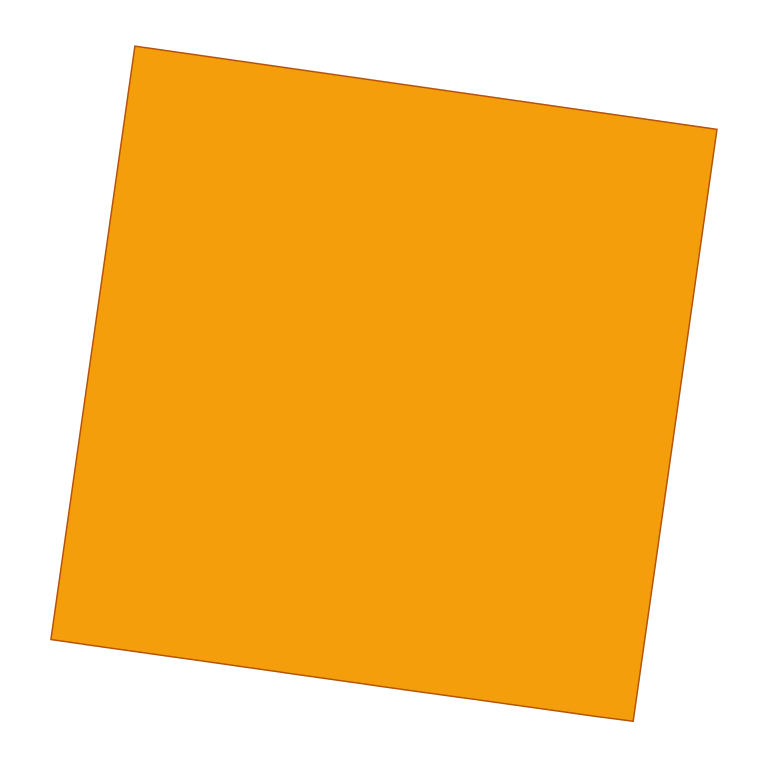 Ochiltree, Texas, United States of America (Mercator projection), rotated 188°
{"feature_id": "52423323B38476522601311", "entity_name": "Ochiltree", "entity_type": "district", "adm_level": 2, "iso_a3": "USA", "parent_name": "United States of America", "parent_adm1": "Texas", "projection": "mercator", "projection_center": [-100.781, 36.278], "detail": "fine", "context": "isolated", "style": "filled", "palette": "amber", "viewbox_px": 768, "rotation_deg": 188, "n_neighbors": 0, "source": "geoboundaries", "source_scale": "gbopen_adm2", "svg_char_len": 501}
<svg xmlns="http://www.w3.org/2000/svg" viewBox="0 0 768 768"><g transform="rotate(188 384 384)"><path d="M89.7,682.5L677.7,683.9L678.3,84.6L643.5,84.5L643.5,84.4L637.7,84.5L637.5,84.4L627.7,84.5L627.7,84.4L566.8,84.4L556.6,84.4L501.1,84.4L483.9,84.3L443.0,84.3L443.0,84.2L398.2,84.2L394.6,84.2L375.0,84.2L374.9,84.2L345.9,84.1L336.3,84.1L309.6,84.1L272.1,84.2L252.9,84.3L233.2,84.3L208.2,84.3L133.7,84.3L126.0,84.3L90.3,84.7L89.7,682.5Z" fill="#f59e0b" stroke="#b45309" stroke-width="1.5"/></g></svg>